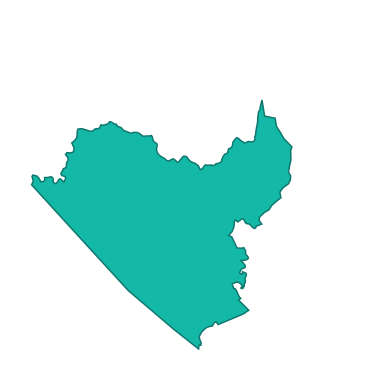 outline of Kulim, Kedah, Malaysia, rotated 316°
{"feature_id": "92858781B36918447122584", "entity_name": "Kulim", "entity_type": "district", "adm_level": 2, "iso_a3": "MYS", "parent_name": "Malaysia", "parent_adm1": "Kedah", "projection": "robinson", "projection_center": [100.682, 5.403], "detail": "fine", "context": "isolated", "style": "filled", "palette": "teal", "viewbox_px": 384, "rotation_deg": 316, "n_neighbors": 0, "source": "geoboundaries", "source_scale": "gbopen_adm2", "svg_char_len": 3486}
<svg xmlns="http://www.w3.org/2000/svg" viewBox="0 0 384 384"><g transform="rotate(316 192 192)"><path d="M306.3,174.4L300.2,178.2L297.8,180.1L295.6,180.5L293.4,182.3L291.5,183.7L289.6,185.5L287.7,187.3L285.7,188.8L283.0,190.6L280.0,192.9L277.9,194.7L275.7,195.8L273.7,197.9L271.9,198.5L269.8,197.6L267.8,194.9L263.9,193.3L262.8,189.1L262.7,185.9L261.9,183.9L258.9,184.1L256.2,184.5L254.9,185.5L252.8,187.0L250.9,187.3L248.2,186.4L245.8,187.9L244.2,188.6L241.5,187.5L238.2,188.4L236.0,189.3L234.0,190.7L230.9,189.8L229.1,188.4L226.1,188.2L224.0,185.3L222.1,183.9L220.5,181.8L218.5,181.8L215.7,182.5L213.5,181.6L214.8,177.4L214.2,173.7L213.0,171.2L212.1,168.5L212.2,165.8L212.6,162.4L210.8,160.4L208.9,160.4L206.4,160.7L203.5,161.1L202.1,160.4L202.1,157.9L201.6,155.2L199.5,154.1L197.5,154.3L195.7,151.9L195.4,148.2L194.4,145.1L194.0,142.3L194.3,139.7L195.7,137.2L197.0,135.8L198.7,134.9L200.3,132.9L200.0,131.5L199.5,129.9L200.2,127.2L201.7,124.7L202.1,123.2L200.3,122.1L198.3,120.2L195.6,118.0L195.1,115.3L194.7,113.0L194.1,111.4L192.8,109.9L191.7,108.7L190.3,108.1L189.4,107.7L188.6,106.7L187.1,103.6L186.7,102.5L185.9,101.4L185.6,99.9L185.6,98.2L185.7,96.2L184.9,94.8L184.3,93.9L184.1,92.3L184.8,91.0L183.6,89.5L183.4,88.8L182.9,87.0L182.6,85.5L182.0,84.6L180.9,84.1L180.4,84.8L178.1,84.2L175.9,83.1L174.8,82.6L173.9,81.3L173.0,80.4L170.1,81.8L167.8,80.7L166.1,79.3L162.4,79.0L160.4,76.8L158.6,73.1L156.6,69.8L153.7,67.5L151.2,68.9L148.7,71.5L146.2,73.1L143.0,73.4L139.7,73.1L138.7,75.7L138.0,77.9L136.3,79.9L133.8,80.7L132.4,79.8L131.3,79.0L129.3,76.8L127.1,77.1L126.6,81.3L124.6,83.2L122.1,83.8L119.9,85.8L118.1,86.9L115.8,85.9L113.3,86.8L111.9,87.1L110.3,87.8L109.8,89.8L110.9,91.6L111.2,93.2L110.4,94.7L108.5,95.2L106.8,95.7L106.6,92.7L106.3,90.9L105.2,90.5L100.9,91.6L99.3,90.9L99.0,88.6L101.1,86.4L101.7,84.6L101.1,83.0L99.5,82.1L97.7,80.8L96.0,79.2L94.9,80.8L93.1,81.4L90.4,79.9L91.4,75.5L91.5,72.9L90.4,70.8L89.1,69.2L87.7,69.7L86.3,72.2L85.3,74.0L81.6,75.4L78.9,172.8L77.7,218.9L83.5,278.2L87.7,309.5L90.7,307.1L91.8,308.4L93.6,307.1L94.8,304.3L95.9,302.1L96.9,301.0L98.8,300.3L101.7,299.4L104.1,299.4L106.8,299.4L109.0,299.9L110.9,300.8L113.8,302.6L116.5,301.6L117.9,301.4L119.2,302.6L118.9,304.4L118.7,305.5L144.3,315.4L150.7,316.5L150.4,302.1L153.1,302.5L153.2,300.1L153.9,298.0L155.0,295.1L155.6,293.1L155.8,291.5L155.1,290.2L155.9,288.6L156.6,286.6L157.5,286.1L160.2,287.2L161.8,288.1L162.8,289.7L163.2,291.5L163.2,292.8L163.2,294.0L162.1,295.1L161.0,294.7L160.4,295.4L161.5,296.7L164.2,296.0L165.5,294.6L167.5,294.0L168.7,292.9L169.9,291.1L173.1,289.7L174.4,288.1L173.0,284.5L171.7,285.6L170.9,286.1L170.1,284.3L170.2,283.1L172.5,282.2L174.4,281.8L176.1,282.7L177.7,283.2L179.3,281.8L179.5,278.9L179.6,275.3L182.5,277.7L184.4,278.7L186.6,278.9L187.4,276.8L187.4,273.9L189.7,271.6L190.6,267.8L189.2,267.4L187.1,265.3L185.5,263.5L189.5,251.8L188.1,248.9L193.6,248.2L196.2,247.1L197.9,246.1L200.0,244.6L201.7,242.8L203.7,242.1L204.1,243.5L204.0,245.2L206.2,245.7L208.6,245.7L210.2,247.5L209.7,249.3L209.2,250.5L209.1,252.3L210.3,254.0L211.0,255.0L211.0,259.9L211.6,261.7L213.2,262.0L214.0,261.1L214.6,261.3L219.9,263.5L220.5,259.2L222.9,257.0L229.9,257.0L234.9,258.3L240.3,257.0L247.3,257.4L252.0,257.9L255.1,253.1L260.5,252.2L267.1,253.1L271.0,251.7L274.1,249.1L275.3,244.7L280.0,241.2L285.4,237.7L291.6,230.9L295.2,228.9L295.2,217.2L297.0,210.4L298.3,203.5L303.1,196.7L300.7,193.3L297.0,187.8L306.3,174.4Z" fill="#14b8a6" stroke="#0f766e" stroke-width="1.5"/></g></svg>